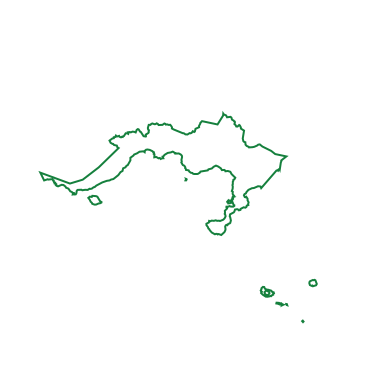 Talasea District, West New Britain, Papua New Guinea (Albers equal-area conic projection), rotated 200°
{"feature_id": "67681753B12348367774956", "entity_name": "Talasea District", "entity_type": "district", "adm_level": 2, "iso_a3": "PNG", "parent_name": "Papua New Guinea", "parent_adm1": "West New Britain", "projection": "albers", "projection_center": [150.421, -5.275], "detail": "fine", "context": "isolated", "style": "outline", "palette": "green", "viewbox_px": 384, "rotation_deg": 200, "n_neighbors": 0, "source": "geoboundaries", "source_scale": "gbopen_adm2", "svg_char_len": 6097}
<svg xmlns="http://www.w3.org/2000/svg" viewBox="0 0 384 384"><g transform="rotate(200 192 192)"><path d="M334.9,152.3L332.0,154.6L331.3,154.5L327.5,156.4L326.7,155.5L325.9,155.6L325.8,155.4L326.2,155.2L325.0,154.0L324.4,154.0L324.2,153.4L323.6,153.8L323.3,153.2L322.2,153.0L322.0,152.5L322.4,152.6L322.6,152.1L321.4,151.5L319.8,151.5L316.9,154.2L315.1,154.6L312.7,153.8L311.9,153.0L309.3,152.9L306.6,151.0L304.8,150.9L303.9,150.3L302.6,150.7L301.6,149.5L300.5,150.0L300.2,151.0L300.7,153.6L300.3,154.8L296.7,156.3L295.7,156.1L293.2,157.5L290.7,158.3L289.4,160.0L288.6,160.1L287.3,160.9L286.1,162.8L285.2,163.3L284.1,165.3L279.6,170.3L275.8,173.4L273.4,174.7L272.3,176.0L270.3,177.3L267.0,182.7L266.0,186.2L264.5,188.0L264.8,190.7L263.0,192.4L262.5,194.3L261.6,195.2L260.7,200.6L261.6,203.1L259.5,206.2L259.2,207.4L256.9,209.5L255.1,211.9L251.6,213.6L250.1,213.2L250.4,214.6L249.6,216.0L248.4,216.7L246.1,217.1L243.0,216.8L242.2,216.2L241.6,216.4L240.8,215.4L241.0,214.7L240.1,214.4L239.3,211.7L237.6,212.7L235.0,212.2L233.9,213.0L232.7,212.3L231.8,213.3L230.5,213.9L231.7,215.2L231.1,215.6L230.5,217.5L228.2,220.4L225.4,222.0L224.0,223.3L223.1,223.3L221.5,222.7L221.0,222.9L220.8,222.4L217.6,223.7L215.4,223.4L214.0,222.7L213.3,221.5L212.9,218.5L212.1,217.3L212.1,216.0L211.1,215.4L210.8,214.9L209.8,214.2L208.4,214.1L207.5,213.6L206.7,212.9L206.7,212.2L205.5,211.4L205.2,210.7L202.6,211.2L201.6,210.3L199.7,209.7L198.2,210.0L197.6,209.6L196.3,209.6L192.8,210.9L191.3,212.8L191.0,214.1L184.6,217.7L184.3,218.9L181.4,220.9L180.3,223.1L178.5,225.0L176.1,224.9L173.0,224.1L171.4,222.8L169.2,223.8L168.2,223.5L167.7,222.9L165.5,224.0L162.9,224.1L161.0,222.4L156.2,220.2L156.5,218.5L157.3,217.6L157.0,216.5L157.2,215.8L156.3,213.2L156.4,212.4L155.5,211.0L154.9,208.8L154.9,206.5L153.7,206.1L153.4,204.7L152.8,203.7L151.2,202.8L151.3,202.5L151.8,202.7L151.9,202.2L150.8,202.0L152.1,200.9L152.0,200.2L151.4,200.3L151.0,199.6L151.2,198.9L152.0,198.5L151.7,197.4L150.9,197.0L150.7,195.5L149.9,195.7L148.4,194.0L147.7,194.0L147.5,193.4L148.3,192.3L150.5,191.6L151.9,191.6L153.0,190.6L154.6,190.0L154.5,189.5L153.5,189.1L153.4,188.5L154.7,185.6L153.7,183.3L153.8,182.6L152.7,181.7L152.1,180.5L152.4,178.3L153.2,176.6L155.8,174.3L156.7,174.3L158.6,173.5L160.0,173.5L161.6,172.4L163.8,171.8L164.7,170.8L166.0,170.7L165.7,169.2L167.6,167.1L167.1,165.8L164.8,164.3L164.2,163.3L163.1,163.0L162.3,162.2L159.6,160.7L156.0,160.1L155.1,160.9L154.1,161.2L153.4,160.9L152.6,161.6L149.8,161.6L147.8,165.4L147.6,167.3L147.8,168.6L149.0,170.8L148.9,172.2L148.4,172.9L147.4,172.9L147.0,174.5L145.9,175.3L145.5,176.0L145.7,178.5L147.5,181.4L148.2,182.0L148.6,184.0L145.8,187.1L145.5,188.0L145.6,190.2L143.7,191.3L142.7,191.3L141.7,190.8L140.4,191.7L140.6,192.7L138.2,195.3L136.5,195.5L135.8,196.5L135.9,197.9L134.6,199.0L135.1,199.7L135.3,201.7L136.9,203.1L137.5,204.7L139.4,206.1L140.0,205.3L140.7,205.3L142.1,206.7L141.9,208.0L140.9,209.1L140.8,210.5L139.7,213.3L136.9,216.1L135.2,216.9L131.9,220.0L129.5,220.6L128.3,219.3L120.0,241.0L119.3,241.6L118.5,241.4L118.5,242.3L117.9,242.6L118.1,243.1L117.5,243.4L117.2,243.1L118.6,250.0L118.6,251.8L118.9,252.2L115.5,257.7L126.8,256.1L131.6,257.7L141.4,258.8L144.6,259.9L146.0,259.1L146.7,257.9L148.9,255.8L150.5,254.8L153.7,253.4L154.1,253.8L156.4,254.0L157.9,254.8L158.9,257.0L160.1,256.9L161.1,257.3L162.6,259.6L164.1,267.5L167.7,268.3L168.2,269.4L169.8,270.9L170.6,271.1L171.6,269.1L172.8,268.7L173.8,269.7L175.4,270.4L175.4,271.8L175.9,272.8L176.6,272.8L177.1,273.3L179.2,273.7L180.4,275.4L181.5,275.8L184.6,274.2L186.1,275.6L188.7,275.8L189.4,276.3L188.9,274.5L191.1,264.2L206.8,262.0L207.8,259.7L207.6,259.1L208.0,256.5L207.5,255.3L210.3,252.6L210.0,249.8L210.5,249.1L212.0,249.4L212.6,247.4L213.5,246.6L214.4,246.5L215.9,244.5L217.9,243.9L219.8,244.4L220.8,244.1L230.6,244.5L232.6,244.8L232.8,245.7L233.5,246.5L235.4,247.7L237.1,247.0L238.2,247.1L239.7,246.4L240.3,246.9L241.4,246.9L242.7,245.0L246.3,243.5L247.5,244.3L248.7,244.4L249.4,243.4L250.3,242.9L252.8,242.8L253.9,241.5L254.0,240.9L255.6,240.3L255.4,237.2L254.9,236.1L253.6,235.3L253.7,234.5L253.1,233.6L253.2,232.5L255.1,230.1L254.3,228.6L254.4,228.3L256.6,227.9L260.6,230.9L261.3,230.9L263.6,232.6L264.4,232.6L265.2,231.5L265.3,228.7L266.7,228.8L268.5,228.4L269.9,227.1L270.9,227.1L272.6,226.2L271.8,225.4L271.8,224.8L272.6,225.0L274.4,224.5L275.1,221.3L275.8,220.8L275.9,220.0L276.8,219.9L277.2,219.2L277.8,219.0L279.2,219.2L279.7,219.8L281.6,218.4L282.8,219.0L283.0,217.4L284.2,216.7L283.9,215.8L285.1,215.1L287.1,212.1L285.3,210.4L283.1,210.0L282.5,210.2L281.3,209.5L278.5,209.9L277.4,208.5L276.0,208.2L288.1,183.2L298.9,166.2L309.6,158.2L341.1,158.3L334.9,152.3ZM281.7,146.8L279.3,146.8L277.8,147.4L275.8,149.3L274.5,150.0L273.5,151.1L273.6,151.6L275.2,151.9L279.3,155.2L280.7,155.3L284.4,154.3L284.5,153.1L286.4,152.7L287.4,151.0L285.5,149.8L283.9,148.2L282.4,147.6L281.7,146.8ZM90.4,119.7L86.9,118.9L85.2,119.4L83.2,120.6L82.9,121.2L82.0,121.2L81.3,122.7L80.6,123.2L80.9,124.0L80.3,124.8L81.0,125.7L82.2,125.4L82.7,125.9L83.6,126.0L84.0,126.4L87.2,126.2L87.5,125.5L87.1,124.6L85.6,124.6L84.6,123.5L84.6,123.0L85.4,121.0L87.7,120.8L88.9,121.5L89.5,122.8L89.0,123.8L88.8,125.9L90.5,126.1L91.6,127.4L92.9,127.1L93.8,125.3L93.5,124.6L93.7,122.9L92.3,122.2L92.8,121.8L92.4,121.2L92.5,120.7L90.4,119.7ZM49.4,144.9L47.4,144.7L46.8,145.3L46.1,144.8L43.5,146.8L43.3,148.3L45.8,151.2L46.7,151.4L47.5,150.7L48.3,150.7L50.5,148.6L50.8,147.8L50.6,146.5L49.4,144.9ZM154.4,194.4L154.0,193.7L152.4,194.5L151.9,195.5L152.3,196.4L153.5,197.0L154.3,195.9L155.0,196.5L155.6,194.8L155.0,194.3L154.4,194.4ZM74.7,116.9L74.6,116.1L73.1,116.4L71.0,116.3L69.6,116.5L68.8,117.0L69.0,117.5L70.1,118.0L71.7,117.3L72.2,117.6L73.4,117.3L74.7,116.9ZM43.9,109.0L44.3,108.3L43.2,107.7L42.9,108.4L43.9,109.0ZM302.3,150.1L303.3,149.8L303.2,148.9L302.1,149.6L302.3,150.1ZM201.7,201.9L202.1,201.0L202.1,200.7L201.5,200.9L201.3,201.9L201.6,202.3L202.1,202.3L201.7,201.9ZM65.0,119.0L64.4,118.2L63.8,118.2L64.5,119.1L65.0,119.0ZM68.1,117.2L68.2,116.7L67.5,117.4L68.6,117.4L68.1,117.2Z" fill="none" stroke="#15803d" stroke-width="2"/></g></svg>